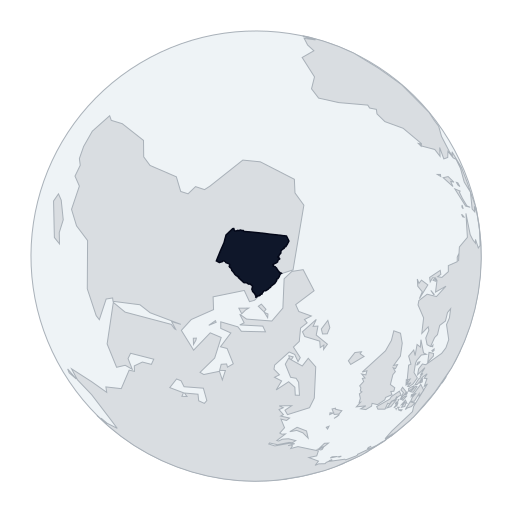 Algeria on an orthographic globe, rotated 149°
{"feature_id": "DZA", "entity_name": "Algeria", "entity_type": "country or territory", "adm_level": 0, "iso_a3": "DZA", "parent_name": "Africa", "parent_adm1": "", "projection": "orthographic", "projection_center": [1.791, 28.04], "detail": "fine", "context": "on_globe", "style": "filled", "palette": "ink", "viewbox_px": 512, "rotation_deg": 149, "n_neighbors": 0, "source": "natural_earth", "source_scale": "50m", "svg_char_len": 13542}
<svg xmlns="http://www.w3.org/2000/svg" viewBox="0 0 512 512"><g transform="rotate(149 256 256)"><circle cx="256" cy="256" r="225" fill="#eef3f6" stroke="#a8b0b8"/><path d="M135.1,65.9L129.4,69.6L134.4,66.5L142.0,61.8L145.8,59.5L173.2,47.0L199.4,38.2L204.3,36.7L204.5,36.7L205.9,36.5L208.3,35.8L232.4,32.0L233.2,31.9L226.2,33.0L227.3,33.1L233.7,32.1L239.7,31.9L230.0,33.1L239.5,32.9L229.5,36.1L202.0,42.0L198.3,45.9L174.9,58.1L178.9,57.6L172.6,62.9L174.8,64.5L169.9,66.9L176.0,66.3L180.1,63.9L184.1,62.9L185.8,63.9L179.8,66.9L178.1,66.8L177.2,68.2L173.4,69.4L176.2,69.4L168.7,73.3L178.6,71.0L174.7,75.5L169.0,77.7L166.5,75.4L147.0,76.9L140.5,79.5L133.9,85.0L128.0,99.1L122.1,103.3L116.3,110.6L121.0,108.9L127.1,102.7L134.3,101.9L141.0,95.1L144.9,94.1L153.0,88.5L155.0,91.9L152.7,98.3L146.1,103.3L144.9,106.6L153.8,104.2L144.2,116.6L142.3,130.6L139.4,133.9L129.0,135.1L122.2,128.3L108.7,132.3L120.7,132.6L113.4,141.9L113.5,144.9L115.9,146.4L120.0,144.1L118.2,148.2L105.5,148.8L107.0,145.1L111.0,144.7L107.7,141.9L99.2,143.5L96.1,148.7L86.4,147.5L84.1,151.4L80.7,153.7L85.0,147.3L77.0,159.0L65.2,163.1L54.1,184.4L61.4,164.0L61.8,158.3L61.3,153.9L59.3,157.2L61.3,148.4L58.5,149.6L50.7,163.7L44.7,178.4L43.2,186.1L45.8,181.2L46.5,185.0L39.3,200.3L39.4,212.2L35.6,225.7L34.7,235.8L36.4,238.5L37.6,246.8L40.9,241.7L45.0,242.5L42.7,254.4L46.9,246.6L47.9,255.2L57.6,265.2L56.3,267.1L64.1,289.7L76.3,304.8L79.1,315.5L77.3,319.7L82.4,324.3L82.5,327.8L106.1,344.9L121.0,359.1L122.3,370.7L113.6,379.4L114.2,402.4L100.7,402.1L103.1,410.3L102.6,417.7L93.7,410.6L102.3,419.5L102.2,420.4L98.1,416.7L98.9,417.5L87.6,405.6L77.2,393.0L67.7,379.6L54.4,354.1L50.1,344.5L43.0,327.9L33.7,290.0L33.4,280.7L32.6,273.1L35.4,263.0L36.5,245.5L36.0,240.9L34.3,244.4L34.3,226.3L36.8,211.6L42.7,183.4L48.8,167.6L56.0,152.3L64.4,137.6L73.8,123.5L84.3,110.2L95.7,97.7L108.0,86.1L121.2,75.5L135.1,65.9ZM50.6,190.8L51.0,211.1L47.6,206.5L48.8,205.8L49.4,199.0L49.4,190.4L47.3,187.4L50.6,190.8ZM57.8,184.1L57.5,181.5L58.3,183.2L57.8,184.1ZM147.1,58.8L141.9,61.8L134.2,66.5L138.2,63.9L147.1,58.8ZM162.1,51.2L160.3,52.1L154.9,54.7L157.6,53.3L162.1,51.2ZM151.3,87.2L152.1,87.9L150.2,88.5L151.3,87.2ZM154.0,84.3L151.2,84.6L152.1,83.3L153.8,83.1L154.0,84.3ZM240.6,31.3L244.8,31.1L239.3,31.4L240.6,31.3ZM157.3,84.3L154.0,81.0L155.6,78.8L163.5,76.5L157.3,84.3ZM246.4,31.2L256.8,31.3L259.0,31.1L258.5,32.4L249.9,31.5L242.7,31.7L246.7,31.4L246.4,31.2ZM180.6,62.7L176.3,65.3L178.4,62.4L180.6,62.7ZM180.9,61.1L181.4,54.5L188.6,51.5L187.0,54.1L195.0,50.0L198.4,51.7L194.7,54.4L189.3,55.9L194.7,55.5L180.9,61.1ZM256.6,33.5L258.1,33.9L255.2,33.7L256.6,33.5ZM185.9,62.3L185.3,61.1L191.5,58.3L193.8,60.4L191.1,60.6L185.9,62.3ZM195.5,48.3L200.5,46.9L204.6,47.8L207.1,47.5L199.1,51.6L195.5,48.3ZM190.5,61.7L194.8,61.6L193.4,63.8L186.9,63.4L190.5,61.7ZM192.2,56.8L195.3,55.7L194.3,57.0L192.2,56.8ZM190.9,72.5L190.1,70.6L193.3,69.0L190.9,72.5ZM196.5,61.4L196.9,60.6L198.1,59.9L200.5,60.3L196.5,61.4ZM202.5,52.1L203.1,52.9L206.0,50.4L209.2,51.4L203.2,54.1L207.1,53.3L208.1,53.6L202.1,55.5L202.5,52.1ZM206.5,58.6L200.0,63.0L200.8,66.5L198.0,68.0L197.2,62.0L206.5,58.6ZM204.4,56.6L205.1,58.1L201.3,59.0L198.5,58.5L204.4,56.6ZM213.4,51.1L210.1,49.0L211.5,48.5L213.4,51.1ZM207.5,59.5L209.0,58.4L208.0,59.6L207.5,59.5ZM212.5,53.4L211.1,52.6L212.7,52.1L212.5,53.4ZM213.2,57.2L211.1,58.5L209.2,58.1L213.2,57.2ZM213.5,55.3L216.1,54.8L209.7,57.2L212.6,55.0L213.5,55.3ZM214.2,53.0L214.8,52.5L214.6,53.4L214.2,53.0ZM221.9,58.3L214.4,61.4L210.0,60.4L217.9,57.4L221.9,58.3ZM296.3,34.4L286.9,32.9L296.9,34.5L301.6,35.5L308.5,36.9L308.0,36.8L308.3,36.9L329.9,43.5L350.6,51.7L344.6,48.9L359.0,55.7L373.0,63.5L386.3,72.2L399.0,81.9L411.0,92.5L422.2,103.9L432.5,116.0L442.0,128.9L450.5,142.4L458.1,156.4L464.6,171.0L470.1,186.0L474.5,201.3L470.6,188.6L472.3,196.8L469.8,189.4L463.7,179.7L464.9,191.4L468.3,221.8L472.8,241.8L472.2,254.3L461.7,233.1L454.2,216.0L452.1,221.1L439.8,211.7L423.5,223.5L419.6,219.7L416.9,224.5L408.0,223.6L401.5,217.0L396.8,220.2L413.6,237.2L418.5,234.0L420.4,222.6L424.4,229.7L432.8,232.4L428.9,257.3L402.2,289.7L397.1,275.3L363.8,241.0L363.4,235.8L363.2,235.3L362.6,234.4L362.1,243.2L355.6,236.1L376.0,261.9L380.6,274.0L401.9,290.8L400.5,293.9L406.6,296.3L423.1,282.1L423.7,287.2L417.5,314.8L392.4,356.0L394.3,374.3L390.1,391.0L371.4,406.9L370.0,417.7L359.9,424.3L357.2,430.5L347.3,438.7L332.0,447.3L309.2,451.6L310.2,446.8L302.5,438.3L292.9,413.0L301.2,398.8L300.2,388.2L283.5,364.9L287.3,350.1L282.2,344.3L272.1,346.6L265.9,339.4L259.5,339.6L217.9,345.0L203.8,334.5L183.6,302.0L190.1,290.0L188.8,274.9L231.4,225.0L243.3,227.8L280.1,218.8L285.1,220.2L283.8,232.5L313.8,243.1L320.0,231.9L344.2,234.9L358.3,230.7L358.0,207.4L334.8,213.7L327.8,204.1L344.0,189.8L363.9,185.1L361.8,181.3L346.7,176.0L348.7,167.1L341.2,173.6L346.1,176.7L341.6,181.1L336.8,178.6L337.7,175.4L331.0,175.3L328.4,191.6L333.2,196.5L317.2,203.0L323.5,212.1L320.1,217.7L308.0,204.6L307.3,199.0L286.9,186.1L286.3,192.4L305.4,205.3L300.6,204.8L299.9,214.5L296.6,206.8L275.9,192.1L259.8,197.5L243.6,222.0L233.2,224.3L222.6,220.0L224.1,196.3L247.0,193.9L247.9,186.4L239.5,176.1L247.2,176.6L246.6,172.4L254.9,171.3L262.9,160.5L270.8,158.7L270.4,146.1L274.4,143.8L273.5,151.7L277.0,156.6L296.2,152.9L298.9,149.7L297.1,142.1L302.6,142.5L298.4,135.7L307.7,130.8L292.8,131.4L290.3,123.5L294.0,116.5L290.5,114.2L284.5,125.8L284.6,130.5L288.8,134.2L286.6,148.2L280.8,151.5L273.0,137.9L263.9,141.4L261.9,130.2L279.2,104.2L288.3,98.4L310.7,103.8L310.6,108.9L302.5,109.3L313.3,115.6L310.8,111.9L315.4,112.5L314.2,105.9L317.3,106.1L310.7,99.8L314.5,99.3L318.6,103.3L320.0,94.1L326.8,92.0L325.6,89.9L322.4,88.3L333.2,87.1L331.8,85.7L327.7,85.4L322.3,82.6L317.0,77.3L321.0,77.2L323.5,79.1L334.8,83.2L340.7,88.8L341.9,88.3L337.7,83.5L323.9,78.3L319.5,75.2L326.2,76.9L323.4,76.0L322.5,74.5L325.4,73.1L318.2,71.0L302.9,56.8L306.9,53.4L314.5,56.0L308.1,48.0L313.2,46.1L309.4,45.6L303.8,42.4L302.1,42.9L299.9,42.6L284.6,36.1L284.2,35.1L273.3,33.1L271.4,33.1L271.1,33.7L258.5,32.4L259.0,31.1L263.4,31.1L260.7,30.8L269.5,31.1L296.3,34.4ZM220.2,251.3L219.8,255.9L220.2,251.3ZM387.4,191.5L397.7,187.6L388.6,176.1L391.8,173.9L387.5,171.1L387.9,175.4L376.9,167.4L379.7,161.4L376.2,156.3L372.6,157.4L369.2,169.8L385.0,181.0L384.5,187.6L387.4,191.5ZM58.0,265.3L58.9,268.9L57.1,267.3L58.0,265.3ZM45.5,210.5L46.4,212.9L46.3,215.9L45.3,214.8L45.5,210.5ZM56.7,229.0L58.5,232.5L55.9,230.9L56.7,229.0ZM51.4,214.1L55.2,226.7L50.4,225.1L48.3,217.3L50.7,219.8L51.4,214.1ZM54.1,189.7L54.3,191.9L53.1,193.6L54.1,189.7ZM58.4,185.4L58.1,185.1L58.7,182.7L58.4,185.4ZM114.1,141.8L115.1,141.9L116.7,144.1L114.5,144.5L114.1,141.8ZM132.9,146.7L129.6,153.2L130.4,148.6L126.6,150.1L123.6,142.7L137.9,135.3L131.9,139.7L132.9,146.7ZM123.6,131.5L123.9,136.5L123.0,131.4L123.6,131.5ZM235.0,152.6L239.1,154.9L237.6,159.8L227.6,163.8L229.6,156.6L235.0,152.6ZM245.1,157.2L240.2,143.6L246.2,141.1L243.7,144.7L248.1,144.4L245.2,150.2L255.7,161.9L255.2,167.1L237.0,170.6L243.3,166.3L239.0,164.0L245.1,157.2ZM217.1,118.6L215.1,114.2L230.7,114.3L230.8,118.6L220.9,122.3L214.9,119.6L217.1,118.6ZM171.8,81.5L170.0,80.9L171.7,79.9L174.6,79.6L171.8,81.5ZM190.3,71.8L181.4,83.8L178.9,83.5L176.7,91.6L169.2,94.2L170.9,88.7L163.5,97.2L162.0,93.3L157.7,99.3L162.3,86.7L160.6,84.0L165.3,86.0L172.2,83.6L174.7,81.7L180.6,74.7L180.5,68.4L187.3,65.5L192.2,65.2L193.2,66.3L188.4,67.7L193.3,68.1L187.2,71.1L190.3,71.8ZM245.0,71.1L239.0,71.0L247.7,75.0L241.7,76.8L243.1,77.2L239.9,80.2L238.4,84.6L235.2,85.0L236.1,86.6L234.0,88.9L234.0,91.3L228.3,93.0L227.9,96.3L225.4,95.3L226.2,100.5L223.1,97.5L220.0,100.5L224.7,101.8L193.9,108.0L183.4,113.9L176.4,120.9L171.9,115.4L175.6,105.9L183.8,95.8L194.5,91.3L190.6,90.0L194.5,87.6L196.0,89.6L196.1,85.1L199.8,83.8L207.0,76.6L204.9,71.6L207.5,69.1L210.2,70.4L210.9,67.1L217.7,68.0L219.7,66.4L228.4,66.0L232.4,69.9L234.3,67.8L241.0,67.8L245.0,71.1ZM224.3,58.3L230.4,61.9L230.1,64.8L215.1,64.4L212.3,65.8L202.7,66.3L203.3,62.1L206.0,62.3L208.8,61.6L207.5,63.1L210.6,61.3L214.4,61.7L217.9,60.4L218.9,61.9L224.3,58.3ZM289.1,215.1L292.7,215.1L298.0,213.8L297.6,220.1L289.1,215.1ZM274.9,205.2L277.9,204.0L279.9,211.7L276.2,212.0L274.9,205.2ZM277.8,197.1L277.9,203.4L275.6,200.1L277.8,197.1ZM276.1,150.4L279.1,149.0L280.1,150.7L279.2,153.6L276.1,150.4ZM269.6,85.7L266.2,84.6L266.7,83.6L262.1,79.2L266.2,77.8L270.6,79.9L269.6,85.7ZM355.1,212.4L352.1,217.8L349.4,216.3L351.0,214.7L355.1,212.4ZM324.3,219.7L332.2,220.9L324.1,221.5L324.3,219.7ZM273.3,83.5L270.9,81.7L274.5,82.1L273.3,83.5ZM269.0,76.6L272.8,76.6L266.2,77.1L269.0,76.6ZM419.3,375.7L401.2,407.4L393.3,411.0L394.2,404.2L402.6,386.3L412.6,377.4L418.2,367.6L419.3,375.7ZM473.4,243.1L476.3,252.1L475.6,256.2L473.4,243.1ZM305.1,73.0L306.9,80.3L310.9,85.5L317.5,88.0L309.0,88.0L302.8,80.0L305.1,73.0ZM302.7,58.6L297.0,57.1L298.9,56.1L300.4,56.4L302.7,58.6ZM299.7,58.8L293.8,60.2L290.2,58.3L295.5,57.6L299.7,58.8ZM283.8,70.8L284.0,73.0L281.1,72.5L283.8,70.8ZM259.9,33.6L258.2,33.9L258.3,33.4L259.9,33.6ZM299.1,42.9L296.0,42.4L296.2,41.6L299.1,42.9ZM287.7,40.6L289.6,41.8L285.9,40.5L287.7,40.6ZM294.2,44.7L289.6,42.3L296.4,44.6L294.2,44.7Z" fill="#d9dde1" stroke="#a8b0b8" stroke-width="1"/><path d="M277.3,220.6L277.4,220.8L277.4,221.0L277.1,221.2L276.9,221.3L276.7,221.8L276.3,222.1L276.2,222.2L276.2,222.3L276.5,222.5L276.7,222.8L276.6,223.5L276.6,224.1L276.5,224.8L276.5,225.0L276.7,225.3L276.8,225.6L276.9,225.9L276.9,226.6L277.0,227.0L277.2,227.3L276.9,227.8L276.9,228.2L276.8,228.8L276.8,229.2L276.7,229.5L276.5,229.9L276.2,230.1L275.9,230.3L275.6,230.5L275.3,231.1L274.7,231.7L274.6,231.9L274.6,232.3L274.6,232.8L274.8,233.3L275.1,233.9L275.4,234.6L275.5,235.0L276.0,235.3L276.7,235.6L276.8,235.8L277.1,236.2L277.5,237.1L277.6,237.7L278.3,238.2L278.8,238.6L279.4,238.9L280.0,239.3L280.4,240.3L280.6,241.2L280.9,242.1L281.2,243.1L281.5,244.2L281.7,244.9L281.9,245.6L282.2,246.6L281.9,246.8L281.5,247.1L281.8,247.5L282.4,248.3L282.7,248.9L282.9,249.1L283.2,249.9L283.4,250.6L283.5,250.9L283.6,251.4L283.6,253.0L283.9,255.1L284.2,256.1L283.9,257.0L283.7,257.9L283.7,258.3L283.9,259.0L284.1,259.5L284.3,259.7L284.3,260.6L284.3,260.9L283.7,261.4L283.1,261.8L282.9,262.2L282.9,262.6L283.0,262.9L283.5,263.6L284.2,264.6L285.1,265.7L285.2,265.9L285.2,266.8L285.6,267.8L286.0,268.2L286.2,268.5L286.4,268.7L286.7,268.9L286.8,268.9L287.7,268.5L289.2,268.9L290.7,269.3L290.8,269.3L291.1,269.9L291.7,270.8L292.1,271.6L292.5,272.2L290.7,273.6L289.0,274.9L287.2,276.2L285.4,277.6L283.6,278.9L281.8,280.2L279.9,281.5L278.1,282.8L276.9,283.6L276.1,284.3L275.1,285.3L274.2,286.2L273.5,286.9L272.5,287.8L272.0,288.3L271.0,289.3L270.7,289.5L269.2,289.8L267.9,290.1L266.7,290.4L265.9,290.6L265.0,290.7L263.9,291.0L263.0,291.2L262.1,291.4L261.8,291.4L261.7,291.4L261.4,291.3L261.1,291.1L260.9,291.0L260.9,290.8L261.0,290.5L261.1,290.3L261.2,290.2L261.3,290.0L261.4,289.9L261.3,289.5L261.2,289.2L261.2,288.6L261.2,288.4L261.0,288.1L260.4,287.8L260.0,287.7L259.8,287.6L259.2,287.5L258.5,287.4L258.3,287.3L257.8,286.7L257.6,286.5L256.5,286.4L256.2,286.4L255.9,286.2L255.6,286.0L255.5,285.7L255.4,285.5L255.3,285.3L254.2,284.7L253.9,284.5L253.7,284.3L253.7,284.0L253.7,283.7L253.7,283.4L253.6,283.2L253.1,282.8L251.9,282.0L250.7,281.1L249.5,280.3L248.3,279.4L247.2,278.6L246.0,277.7L244.8,276.8L243.7,276.0L242.5,275.1L241.3,274.2L240.2,273.3L239.0,272.5L237.9,271.6L236.7,270.7L235.6,269.8L234.5,268.9L233.5,268.1L232.5,267.3L231.7,266.7L230.9,266.1L230.1,265.5L229.6,265.1L228.9,264.6L228.3,264.2L227.7,263.7L227.0,263.2L226.4,262.7L225.8,262.2L225.2,261.8L224.5,261.3L223.9,260.8L223.3,260.3L222.7,259.8L222.1,259.3L221.4,258.9L220.8,258.4L220.2,257.9L219.6,257.4L219.7,256.6L219.7,255.9L219.8,255.0L219.9,254.2L219.9,253.3L220.0,252.8L220.1,252.2L220.1,251.9L220.5,251.6L221.1,251.2L221.3,251.1L221.6,250.9L222.5,250.4L222.7,250.2L223.7,249.6L223.9,249.5L224.4,249.5L224.6,249.4L224.9,249.1L225.3,248.8L225.5,248.7L225.8,248.7L226.6,248.8L226.9,248.9L227.3,249.0L227.5,248.9L227.7,248.7L227.8,248.4L227.8,248.2L228.1,248.1L228.3,248.1L228.8,248.1L229.5,248.1L230.3,248.0L230.9,247.9L231.4,247.7L232.0,247.4L232.4,247.0L232.8,246.4L233.1,245.8L233.8,245.5L234.4,245.3L234.7,245.3L235.4,245.0L236.0,244.6L236.5,244.2L237.0,244.2L237.5,244.2L237.8,244.0L237.8,243.7L237.6,243.5L237.4,243.4L237.2,243.3L237.1,243.2L237.2,242.9L237.2,242.7L237.3,242.5L237.3,242.2L237.2,241.9L237.1,241.7L237.2,241.3L237.4,241.2L237.7,241.2L238.0,241.3L238.5,241.2L240.0,240.8L240.1,240.6L240.2,240.3L240.3,240.0L240.4,239.9L240.5,239.9L241.0,239.8L241.6,239.7L241.9,239.7L242.6,239.7L243.1,239.8L244.0,239.9L244.6,239.9L245.1,239.9L245.8,240.0L246.0,239.9L246.0,239.7L245.9,239.2L246.2,238.8L246.5,238.5L246.4,238.2L246.1,237.9L245.8,237.7L245.6,237.5L245.3,237.2L245.1,236.9L245.0,236.1L244.8,235.6L244.6,235.1L244.8,234.1L244.6,233.6L244.6,233.3L244.6,233.0L244.7,232.5L244.6,231.8L244.4,231.0L244.5,230.7L244.3,230.3L244.2,230.1L244.3,229.9L244.4,229.6L244.0,229.2L243.4,228.6L243.2,228.4L243.1,228.1L243.8,228.2L244.1,228.2L244.9,227.8L245.5,227.4L246.0,227.1L246.4,226.6L246.8,226.3L247.4,226.0L248.9,225.3L249.2,225.3L249.7,225.5L250.1,225.4L250.5,225.1L250.8,224.5L251.3,224.1L252.0,223.8L252.8,223.4L253.4,223.1L254.3,222.8L256.6,222.6L257.7,222.4L258.5,222.5L259.3,221.9L259.7,221.7L261.4,221.7L262.3,221.3L265.3,221.2L265.7,221.3L266.1,221.5L266.7,222.0L267.0,222.1L267.5,222.0L268.4,221.5L269.4,221.2L270.0,220.9L270.2,220.5L270.7,220.3L271.0,220.6L272.1,220.9L272.8,220.8L273.1,220.7L273.0,220.2L273.7,220.3L274.2,220.5L274.8,220.9L275.2,221.0L275.9,220.7L277.3,220.6Z" fill="#0f172a" stroke="#020617" stroke-width="1.5"/></g></svg>